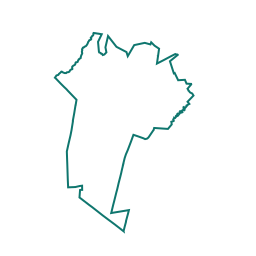 Bubi, Matabeleland North, Zimbabwe, rotated 258°
{"feature_id": "62879985B291328644758", "entity_name": "Bubi", "entity_type": "district", "adm_level": 2, "iso_a3": "ZWE", "parent_name": "Zimbabwe", "parent_adm1": "Matabeleland North", "projection": "orthographic", "projection_center": [28.902, -19.567], "detail": "fine", "context": "isolated", "style": "outline", "palette": "teal", "viewbox_px": 256, "rotation_deg": 258, "n_neighbors": 0, "source": "geoboundaries", "source_scale": "gbopen_adm2", "svg_char_len": 3847}
<svg xmlns="http://www.w3.org/2000/svg" viewBox="0 0 256 256"><g transform="rotate(258 128 128)"><path d="M104.7,61.0L90.2,58.4L82.4,57.1L81.2,64.2L81.3,68.7L81.1,71.1L77.0,70.3L77.3,68.8L77.3,68.2L70.1,66.1L60.6,74.2L58.6,76.0L57.8,76.7L51.1,82.3L47.5,85.3L42.8,89.4L37.0,94.5L36.9,94.6L27.9,102.2L28.0,102.2L32.1,104.2L36.8,106.6L37.2,106.6L44.6,110.4L47.5,111.8L48.2,96.7L48.3,93.9L55.8,97.5L59.4,99.3L67.8,103.4L69.7,104.4L73.5,106.2L75.9,107.3L81.9,110.3L85.4,112.0L88.3,113.3L93.5,115.8L93.5,115.7L99.3,118.5L102.7,120.5L106.5,123.2L114.4,128.3L120.2,131.9L117.9,135.8L114.7,141.0L113.6,142.4L113.6,144.3L114.1,145.4L114.7,146.3L120.5,152.3L120.1,152.3L122.6,153.6L118.8,166.9L122.4,171.5L124.9,171.7L125.1,171.7L125.3,174.0L125.8,174.1L126.0,174.3L126.9,174.0L128.3,175.2L128.5,175.3L127.9,175.9L127.9,176.0L129.1,177.5L129.8,177.4L129.9,177.5L129.9,177.9L130.0,178.0L129.4,178.4L129.4,178.5L129.7,179.5L129.8,179.6L130.2,179.0L131.6,179.3L131.8,179.9L131.8,180.0L131.7,180.8L131.2,181.3L132.0,182.2L132.0,182.3L132.9,182.1L133.0,182.8L133.5,182.8L133.4,183.1L132.7,183.4L132.0,183.8L132.1,184.4L133.4,184.2L133.5,184.2L133.5,184.8L134.0,184.9L134.3,185.9L133.8,186.6L134.3,186.9L134.3,187.0L135.6,186.4L136.8,186.6L136.9,186.9L136.3,187.1L136.1,188.1L135.9,188.3L137.5,190.3L137.9,190.1L138.8,193.0L141.3,191.7L146.1,198.8L148.4,198.0L149.2,196.9L150.0,196.0L152.2,195.0L152.2,194.9L153.6,194.6L154.0,194.4L155.9,196.8L157.5,198.9L157.9,198.9L158.0,198.9L159.2,194.5L163.3,193.7L164.3,187.0L172.1,185.1L171.9,184.2L184.6,182.9L189.2,191.9L189.3,191.9L189.5,191.7L189.7,191.4L189.8,190.9L189.9,190.7L190.0,190.4L190.1,190.2L190.3,189.8L190.5,189.6L189.4,185.4L186.9,176.7L185.0,169.7L191.5,172.1L191.9,172.2L192.0,172.2L192.0,172.3L198.6,174.7L199.1,174.9L203.0,171.1L207.0,168.5L205.1,167.3L207.8,162.1L207.8,151.3L198.3,142.7L202.6,142.3L209.8,133.6L222.1,127.6L211.6,122.7L206.5,122.6L204.8,120.1L204.6,118.5L205.9,118.0L206.2,117.2L206.8,117.0L207.2,116.7L207.8,115.6L208.5,115.4L218.5,116.6L225.2,121.8L228.1,114.1L227.8,113.8L227.0,113.7L226.3,113.4L226.1,113.3L225.8,113.0L225.7,112.9L225.6,112.4L225.4,112.1L225.3,111.9L224.9,111.7L224.6,111.2L224.2,110.5L224.0,110.3L223.8,110.3L223.3,110.6L223.0,110.6L222.6,110.5L222.3,110.2L222.1,109.8L222.0,109.0L221.9,108.4L221.6,108.1L221.1,107.7L220.9,107.6L220.5,107.0L220.1,106.7L219.5,106.4L219.0,106.1L217.7,104.9L217.2,104.3L216.8,103.7L216.7,103.1L216.6,102.5L216.3,102.1L216.2,101.9L216.2,101.6L216.1,101.4L216.1,101.2L216.0,100.8L215.9,100.8L215.9,100.7L215.7,100.5L215.6,100.4L215.4,100.1L215.2,100.0L215.1,99.9L214.9,99.7L214.3,99.5L214.2,99.5L214.2,99.4L213.8,99.4L213.4,99.3L212.6,98.9L212.4,98.9L212.2,98.8L212.0,98.7L211.9,98.7L211.7,98.7L211.4,98.7L211.2,98.8L210.7,98.8L210.1,98.5L209.6,98.0L209.0,97.6L208.9,97.5L208.7,97.4L208.1,97.0L207.5,96.7L207.3,96.6L207.2,96.6L206.2,96.2L205.9,95.1L205.5,94.3L205.4,94.3L205.4,94.2L205.2,94.0L205.1,93.8L204.9,93.7L204.3,93.2L204.2,93.1L203.4,92.6L203.2,92.5L203.2,92.4L203.0,92.0L203.0,91.9L203.0,91.4L203.1,90.7L202.8,90.3L201.6,89.8L201.5,89.7L201.3,89.6L201.2,89.5L201.0,89.3L200.9,89.2L200.7,88.9L200.7,88.7L200.6,88.3L200.3,87.4L199.9,86.7L199.7,86.5L199.7,86.4L199.4,86.1L198.4,85.9L197.9,85.8L197.4,85.9L197.2,85.8L197.1,85.6L197.2,85.1L197.1,84.7L196.4,83.3L196.4,83.2L195.5,82.6L195.4,82.5L195.3,82.4L195.1,81.7L195.0,80.7L195.2,80.0L195.2,79.9L194.9,79.3L194.8,79.2L194.6,78.9L194.9,77.4L196.0,75.8L196.8,75.1L197.0,74.7L196.9,74.3L196.8,74.2L196.4,73.8L195.3,71.7L195.1,71.5L194.7,71.2L194.5,70.9L194.4,70.7L194.4,70.1L194.3,69.4L194.3,69.0L192.4,67.0L192.1,67.3L185.6,71.3L181.6,73.9L178.7,75.9L177.1,76.8L166.3,83.5L161.2,81.5L161.2,81.4L153.7,78.5L146.4,75.5L146.2,75.6L140.5,73.4L137.6,72.3L132.7,70.2L125.7,66.9L121.1,64.8L117.8,63.3L114.4,62.7L104.7,61.0Z" fill="none" stroke="#0f766e" stroke-width="2"/></g></svg>